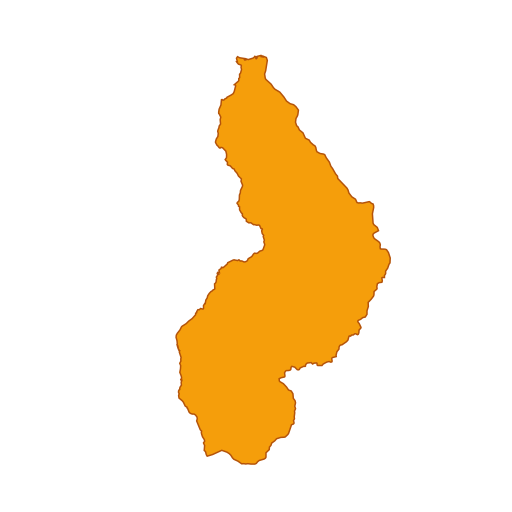 map outline of Piauí (Albers equal-area conic projection), rotated 336°
{"feature_id": "BRA-622", "entity_name": "Piauí", "entity_type": "State", "adm_level": 1, "iso_a3": "BRA", "parent_name": "Brazil", "parent_adm1": "", "projection": "albers", "projection_center": [-42.942, -6.821], "detail": "fine", "context": "isolated", "style": "filled", "palette": "amber", "viewbox_px": 512, "rotation_deg": 336, "n_neighbors": 0, "source": "natural_earth", "source_scale": "10m", "svg_char_len": 6109}
<svg xmlns="http://www.w3.org/2000/svg" viewBox="0 0 512 512"><g transform="rotate(336 256 256)"><path d="M318.6,67.4L320.2,66.4L321.6,68.2L326.9,71.6L327.2,72.2L325.9,71.5L326.2,72.2L325.3,71.9L325.3,72.2L326.4,72.7L327.5,72.2L328.8,73.4L333.7,74.0L335.0,73.8L336.1,73.1L336.9,73.9L336.4,75.1L337.0,75.1L336.8,75.7L337.7,75.4L337.3,74.3L338.1,74.1L342.2,74.8L342.5,75.6L341.9,76.0L342.8,76.7L343.3,76.6L343.8,77.3L344.1,77.3L344.1,76.7L346.2,78.9L345.9,81.9L340.1,90.8L337.9,93.2L336.8,97.2L336.8,98.6L339.7,105.2L340.4,109.3L341.1,111.3L344.4,116.0L346.1,121.9L346.9,126.9L349.1,130.7L351.9,133.1L353.2,135.8L354.1,140.0L351.9,143.6L351.0,144.7L348.4,146.7L346.5,149.9L346.1,153.5L346.9,155.2L346.9,158.5L349.0,162.6L349.0,168.5L351.7,171.7L352.0,174.3L353.6,177.9L354.6,179.2L354.8,181.0L354.1,184.1L354.1,185.6L356.2,188.4L359.2,190.4L360.0,191.4L360.1,194.7L361.2,200.1L360.9,204.5L361.5,207.1L362.1,213.4L362.9,216.2L362.2,218.4L366.7,231.0L366.9,233.1L366.5,236.3L367.6,240.9L370.0,244.6L370.0,248.2L371.1,249.2L373.0,249.9L374.7,251.0L381.6,252.4L381.9,252.7L382.9,254.9L384.1,256.1L383.9,257.9L383.2,259.6L379.5,264.8L376.3,273.6L376.4,275.3L378.4,279.2L378.2,282.7L373.2,283.1L371.8,283.7L371.2,284.5L371.0,286.8L371.2,288.2L374.0,293.0L374.4,294.6L374.1,296.4L373.1,297.9L372.5,299.9L373.1,300.5L376.6,302.2L377.8,303.3L378.4,306.7L377.8,312.4L375.6,316.8L374.2,317.6L371.3,320.7L368.3,322.5L367.2,324.9L365.4,326.1L364.6,327.9L362.6,327.0L362.0,327.2L361.3,330.1L360.3,331.2L357.6,330.4L355.6,330.7L353.8,333.3L353.5,334.7L352.9,335.4L349.4,336.5L347.9,339.5L347.0,340.5L343.7,342.3L339.6,344.0L338.1,347.8L335.1,351.2L333.7,354.4L331.0,356.2L328.4,355.7L325.9,356.4L323.3,356.4L322.5,356.9L322.3,357.5L322.8,359.9L322.9,363.9L322.3,364.6L320.1,365.5L318.7,368.0L317.6,369.1L316.6,369.1L315.6,367.7L314.5,367.2L312.9,367.7L311.0,367.1L309.9,367.7L308.7,367.0L307.8,367.7L305.8,370.2L303.8,371.1L298.5,372.1L296.8,371.7L296.1,371.9L294.8,373.0L293.9,374.8L290.9,376.4L288.8,379.2L288.4,380.5L284.6,379.9L283.9,380.1L283.4,380.6L282.8,383.0L282.1,383.6L281.0,383.3L279.8,382.1L277.5,381.7L273.5,382.0L271.7,382.9L267.8,381.1L267.5,380.4L268.1,378.8L267.7,378.3L265.5,377.5L263.8,377.7L263.0,375.8L259.6,374.7L258.9,374.7L257.2,375.4L256.3,376.8L255.8,376.8L254.9,376.2L251.4,376.2L250.5,376.4L249.4,377.3L248.2,377.2L247.4,376.5L246.2,373.3L243.9,371.4L242.7,372.0L241.8,373.6L241.1,374.1L239.6,374.0L237.0,373.0L236.1,373.2L234.6,374.3L233.6,377.5L232.9,378.1L229.3,377.4L227.2,377.5L226.5,379.7L226.8,380.6L229.1,383.8L230.6,388.2L231.2,391.6L233.3,393.7L233.7,396.9L232.2,401.2L232.8,404.1L232.4,406.2L230.3,409.0L230.0,411.6L228.1,413.3L227.6,415.0L225.5,418.5L224.9,420.4L223.4,421.5L222.8,424.1L221.9,424.7L219.8,424.6L213.6,431.3L212.5,432.0L209.1,433.2L208.0,433.0L204.9,431.8L200.5,431.3L197.9,432.5L194.2,433.3L192.6,435.1L190.6,436.0L189.3,438.3L185.1,439.8L183.3,443.8L182.4,444.5L180.8,444.8L175.8,444.1L173.8,444.6L171.9,445.6L170.3,445.6L166.9,444.1L164.1,442.4L162.0,441.8L160.5,440.8L158.4,440.0L156.0,436.0L153.1,432.7L152.4,430.8L152.0,427.8L151.2,425.7L149.7,423.4L145.7,419.6L135.5,419.7L130.0,419.0L129.8,417.4L130.3,414.1L129.6,412.6L132.0,408.2L132.0,405.4L133.8,404.3L134.1,402.7L133.6,399.4L133.9,396.4L134.3,394.9L135.1,393.8L134.4,392.1L134.7,382.5L136.1,380.9L136.6,379.2L136.1,376.7L135.1,375.2L133.4,374.4L132.0,373.0L131.4,371.5L131.5,367.4L131.2,366.7L131.5,366.1L130.3,364.3L130.2,360.0L129.8,358.4L127.9,354.5L128.5,352.1L129.8,350.5L129.7,349.3L130.3,347.9L131.3,347.0L132.0,347.0L132.6,345.7L133.6,344.7L135.3,343.7L136.3,340.9L137.7,339.4L137.8,339.0L137.0,338.7L137.0,338.3L138.4,337.3L138.9,335.2L139.1,331.3L141.1,328.4L142.6,325.5L142.7,323.0L144.6,321.5L145.4,319.5L146.3,318.2L146.9,312.4L147.8,311.5L147.2,310.6L147.5,310.2L147.2,309.4L147.5,307.0L147.8,307.4L148.1,305.8L147.8,304.8L148.4,304.2L149.4,301.2L149.9,297.8L151.0,295.9L152.7,294.6L156.5,292.6L159.0,290.5L159.9,290.1L164.7,289.4L168.1,288.1L172.3,287.2L176.9,285.1L177.6,283.7L178.7,283.7L179.2,282.7L181.1,281.4L182.4,282.0L184.0,281.4L185.9,282.9L186.7,282.6L187.9,279.9L190.0,278.5L190.3,278.8L192.2,275.9L194.3,274.5L195.7,272.7L198.0,271.2L200.3,270.2L201.6,270.1L203.1,269.5L204.6,269.5L205.0,269.2L206.8,264.6L208.1,264.2L209.2,263.2L210.1,261.5L210.9,260.8L211.2,259.1L212.1,258.7L213.0,257.7L213.6,257.3L213.4,257.5L214.4,257.6L214.3,257.0L213.5,256.2L213.7,255.9L214.5,255.4L215.8,256.4L216.4,253.8L219.0,253.2L219.9,252.2L220.4,252.4L220.9,253.2L221.5,253.2L226.5,251.6L227.5,250.6L233.7,250.4L235.1,250.9L234.8,250.9L237.4,252.7L238.7,252.5L239.0,252.7L239.5,254.1L241.1,254.8L242.6,256.5L243.5,256.9L245.4,257.0L246.6,256.4L247.8,255.3L251.9,254.8L254.5,253.2L255.7,252.8L257.7,253.9L258.6,254.0L261.4,253.1L264.0,253.4L264.9,253.1L268.2,249.7L268.7,248.8L268.9,246.3L270.1,244.9L270.5,241.2L271.4,240.2L270.8,238.1L271.4,235.3L272.7,234.1L272.6,233.5L271.7,233.0L271.7,229.5L271.1,228.8L269.2,228.2L267.4,226.7L266.5,226.4L264.8,223.5L262.9,222.8L261.3,220.3L262.0,218.6L261.9,217.8L260.6,216.1L260.0,214.2L260.0,213.3L260.7,212.0L260.1,210.4L259.8,207.1L261.0,204.3L260.3,203.4L260.7,202.3L260.1,200.2L260.7,199.5L262.6,198.9L263.7,197.6L265.7,193.5L267.3,192.0L268.5,189.8L271.8,187.0L272.6,185.8L272.7,181.7L274.0,179.6L272.5,175.8L272.4,172.9L271.4,169.6L271.4,167.6L270.2,166.5L269.2,163.2L267.3,161.6L267.0,160.8L268.1,158.7L267.2,156.2L267.1,155.3L268.8,154.4L269.5,153.3L270.5,151.1L271.1,147.9L269.5,143.5L268.3,142.6L267.6,142.5L267.0,142.8L266.4,142.0L265.9,139.9L265.4,138.9L265.2,135.8L265.6,135.0L267.4,132.9L269.8,131.3L271.4,128.6L271.7,126.6L272.3,125.7L274.5,123.5L275.2,122.3L277.2,121.1L277.5,120.5L278.7,116.9L280.3,114.8L280.2,111.3L279.9,110.7L280.4,109.4L282.0,106.9L285.4,103.8L288.0,99.2L288.6,99.2L289.1,100.1L290.1,100.4L291.5,99.8L293.4,99.8L294.0,99.2L299.0,98.8L301.2,98.4L303.0,96.9L306.6,92.3L306.7,91.5L305.8,90.7L311.0,89.1L311.7,88.6L312.4,86.9L313.6,86.4L314.9,83.3L316.2,82.7L318.6,79.8L319.1,77.5L320.0,76.2L319.9,75.3L318.0,73.6L317.4,71.5L317.3,70.6L318.0,70.9L318.6,67.4Z" fill="#f59e0b" stroke="#b45309" stroke-width="1.5"/></g></svg>